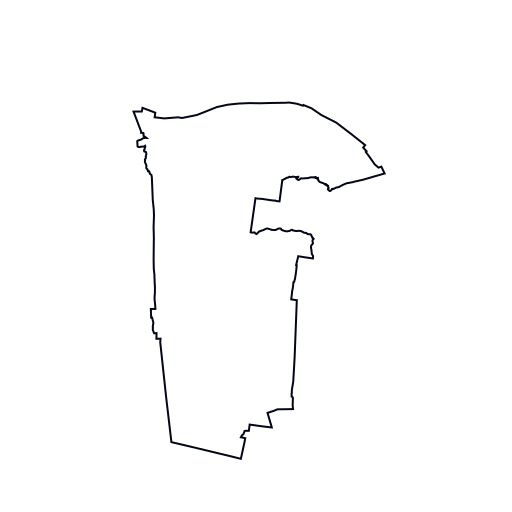 the district of Ciupercenii Noi, Dolj, Romania, rotated 157°
{"feature_id": "2599482B10348373605310", "entity_name": "Ciupercenii Noi", "entity_type": "district", "adm_level": 2, "iso_a3": "ROU", "parent_name": "Romania", "parent_adm1": "Dolj", "projection": "mercator", "projection_center": [22.919, 43.888], "detail": "fine", "context": "isolated", "style": "outline", "palette": "ink", "viewbox_px": 512, "rotation_deg": 157, "n_neighbors": 0, "source": "geoboundaries", "source_scale": "gbopen_adm2", "svg_char_len": 6047}
<svg xmlns="http://www.w3.org/2000/svg" viewBox="0 0 512 512"><g transform="rotate(157 256 256)"><path d="M377.9,213.9L393.9,161.1L406.6,117.7L391.0,106.3L368.6,89.7L357.6,81.6L349.2,75.2L339.2,89.3L337.1,92.5L338.9,93.8L340.7,95.0L340.3,95.3L339.6,96.0L339.0,96.4L338.1,96.7L337.6,96.8L337.0,97.1L335.6,98.5L334.9,99.4L334.4,99.3L334.0,99.2L330.9,97.9L327.7,103.3L316.7,96.7L308.5,92.0L308.2,93.9L308.0,95.8L307.9,96.8L306.7,107.1L300.0,106.5L296.2,106.5L281.7,100.6L280.7,104.0L277.5,110.9L277.5,111.9L278.1,112.8L277.8,113.4L277.5,114.2L277.2,115.1L276.4,116.2L275.9,117.5L274.9,119.4L270.9,125.6L260.1,147.5L235.7,199.4L237.6,200.5L240.5,202.3L240.0,203.3L238.8,205.3L236.2,209.9L234.8,211.9L233.4,214.2L232.3,216.4L231.8,217.2L231.5,217.1L231.2,217.1L231.0,217.3L230.5,218.0L229.4,219.2L227.4,222.4L226.9,223.1L224.1,227.9L222.1,231.6L222.6,232.0L217.7,238.6L217.2,239.3L212.3,236.2L204.6,231.5L203.9,232.7L203.5,233.6L203.5,234.1L203.6,234.6L203.8,235.5L203.8,235.8L203.6,236.7L202.8,239.3L202.2,241.9L202.0,242.4L201.5,243.5L201.2,243.9L200.6,244.3L199.6,244.8L198.8,245.2L198.4,246.0L198.4,246.5L198.2,247.7L197.5,248.7L197.1,249.0L196.6,249.0L196.2,249.4L196.4,250.0L196.8,250.4L197.0,250.7L196.9,251.3L196.9,251.9L197.0,252.5L197.0,253.6L196.9,253.9L197.1,254.3L197.4,254.6L198.3,255.2L199.4,255.7L199.7,255.9L200.2,256.4L200.5,257.2L200.6,257.4L201.1,257.8L202.3,258.4L202.7,258.7L203.1,259.2L203.4,259.7L203.8,260.1L204.1,260.4L204.5,261.0L204.8,261.3L205.3,261.7L207.3,262.7L208.3,262.9L209.4,263.3L210.2,263.9L211.1,264.5L211.5,264.7L212.0,265.1L212.3,265.6L212.4,265.9L212.6,266.0L213.1,266.2L213.6,266.2L214.1,266.1L214.7,266.0L215.8,266.1L217.4,266.5L218.4,266.8L220.9,268.7L221.4,269.2L221.5,269.5L222.2,270.0L222.3,270.3L222.3,271.0L222.4,271.4L223.0,271.8L223.4,272.1L224.4,272.4L225.1,272.5L227.4,272.3L227.7,272.3L228.5,272.5L228.8,272.6L229.8,273.2L230.5,273.5L230.8,273.6L231.2,273.8L232.9,275.4L233.7,276.0L234.1,276.4L235.2,277.0L235.8,277.2L239.2,277.0L241.1,277.2L242.3,277.2L242.9,277.3L243.2,277.4L246.9,276.0L247.4,276.5L247.7,277.0L247.9,277.5L248.0,277.9L248.1,278.2L248.6,278.4L249.0,278.6L250.1,278.9L251.0,279.4L251.7,279.9L233.9,309.4L231.7,308.0L228.9,306.6L227.3,305.7L221.3,302.0L218.5,300.4L217.6,299.9L217.0,299.7L216.6,299.5L216.2,299.0L215.9,298.7L213.0,297.1L202.3,315.3L202.3,315.5L201.5,315.5L201.1,315.6L200.5,315.7L199.7,315.7L198.8,315.7L197.5,316.0L197.1,316.0L196.0,315.7L195.0,315.8L194.3,315.9L193.8,315.3L193.5,315.2L193.2,315.1L192.6,315.0L191.9,314.8L190.7,314.5L189.0,313.4L188.3,313.0L186.8,312.6L186.2,312.4L186.3,312.2L186.6,312.0L187.1,312.0L187.7,312.2L188.2,312.2L188.6,311.9L188.6,311.5L188.3,310.9L187.8,310.1L187.4,309.5L187.0,309.3L186.6,309.3L186.0,309.4L184.7,309.9L184.1,309.8L183.7,309.7L182.9,309.2L179.1,307.9L178.0,307.5L177.0,307.3L175.3,307.1L174.7,307.0L172.1,305.8L171.8,305.8L170.3,305.4L170.1,305.1L170.5,304.8L170.7,304.5L170.4,304.3L170.2,304.1L169.3,304.0L168.8,303.8L168.5,303.7L168.8,303.0L169.3,302.4L169.1,302.0L168.9,301.9L168.9,301.4L169.0,300.6L168.4,299.2L165.6,296.7L164.6,295.2L164.1,295.2L163.7,295.0L164.0,294.3L163.9,294.0L163.7,293.8L163.1,293.7L162.8,293.5L162.9,292.8L162.9,292.7L162.4,292.7L162.2,292.4L162.3,292.2L162.5,292.0L162.6,291.8L162.6,291.5L162.5,291.3L162.7,290.8L162.7,290.5L162.6,290.2L163.1,289.9L163.5,289.7L163.7,289.4L163.7,289.1L163.4,288.1L162.9,287.3L162.7,287.0L162.3,286.9L161.8,286.9L161.4,287.0L160.9,287.3L160.6,287.4L159.9,288.0L159.4,287.9L159.1,287.6L158.4,287.4L158.2,287.6L157.3,287.5L156.2,287.6L155.6,287.7L155.0,287.6L154.6,287.4L153.9,287.3L153.7,287.2L153.1,287.2L152.9,287.1L152.6,287.0L152.2,287.2L151.8,287.2L150.5,287.4L149.8,287.3L149.5,287.3L149.1,287.5L148.8,287.6L148.2,287.5L147.1,287.5L145.9,287.6L145.0,287.5L144.3,287.5L143.2,287.4L142.0,287.0L140.4,286.7L138.3,286.2L136.4,286.0L135.7,285.9L132.5,285.2L132.0,285.2L127.7,284.4L117.5,283.2L105.4,281.7L105.7,289.3L108.7,289.5L110.9,293.9L112.8,302.9L114.3,308.9L113.3,309.3L115.0,313.9L112.2,315.4L120.1,330.0L130.0,347.4L140.8,360.3L147.2,370.3L153.4,376.5L154.1,376.0L157.8,379.3L160.3,381.1L165.5,384.3L169.4,385.7L182.4,391.0L192.8,395.1L202.5,399.4L212.7,403.2L222.8,406.3L233.8,408.4L244.5,408.6L255.4,408.9L270.0,411.9L273.6,414.1L273.8,414.2L286.7,418.5L295.1,423.3L292.7,427.3L302.6,436.7L304.7,433.6L312.3,436.8L313.1,415.5L313.6,414.2L312.8,413.9L312.2,413.6L311.7,413.3L311.6,413.1L311.7,412.5L312.0,412.1L312.2,411.4L312.6,410.6L312.5,410.2L312.2,410.0L311.5,409.0L311.4,408.7L310.7,407.5L311.7,407.9L312.9,408.3L313.9,408.5L314.8,408.4L315.9,408.1L317.3,408.1L318.3,408.3L319.1,408.4L319.9,408.3L320.4,408.2L322.2,403.2L322.0,402.9L321.7,402.3L321.4,402.1L320.7,401.8L319.8,401.7L318.7,401.3L318.3,401.3L317.7,401.1L316.9,400.7L316.5,400.6L315.3,400.6L315.1,400.7L315.1,400.3L315.1,400.0L315.5,399.5L316.2,398.8L316.9,397.7L317.6,397.3L318.0,396.5L317.9,395.7L316.8,395.0L316.7,394.2L316.9,393.3L317.2,392.5L317.9,391.6L318.3,390.9L318.6,390.7L318.8,390.2L319.0,389.4L319.2,389.1L319.6,388.9L320.0,388.7L320.3,388.4L320.5,388.2L320.5,387.8L320.7,387.4L321.0,387.0L321.4,386.4L321.5,385.8L321.5,384.5L321.5,382.6L321.6,381.9L321.7,381.6L322.1,381.1L322.5,380.2L322.6,379.5L322.6,379.1L322.2,378.6L322.2,378.0L322.1,377.8L322.1,377.2L322.3,376.5L322.3,376.2L321.8,376.0L321.5,375.8L321.3,375.8L321.2,375.5L321.2,375.4L321.4,375.1L321.5,374.8L321.5,374.6L321.4,374.3L321.4,374.0L321.5,373.8L321.5,373.2L321.4,372.8L320.6,371.6L321.1,369.2L329.1,348.0L331.9,338.9L334.1,333.1L338.9,322.8L343.1,312.2L345.5,306.8L351.6,292.8L355.1,284.1L356.1,280.8L356.7,278.9L357.3,277.2L357.7,276.3L358.2,275.0L358.7,273.5L359.0,272.7L359.3,272.2L360.2,269.6L361.2,266.8L363.6,261.3L364.7,259.3L366.2,256.0L368.2,249.6L369.3,246.6L373.5,248.3L375.5,243.1L376.6,240.2L375.7,239.9L376.6,234.5L378.5,231.5L378.7,231.2L378.8,230.8L378.9,230.5L378.9,230.0L379.2,229.6L379.5,229.2L379.8,228.6L379.9,227.7L379.9,227.0L379.9,226.3L380.0,225.2L379.9,224.6L377.7,223.9L380.0,218.7L376.2,217.2L377.9,213.9Z" fill="none" stroke="#020617" stroke-width="2"/></g></svg>